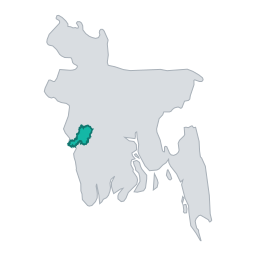 location of Jhenaidah, Khulna, Bangladesh
{"feature_id": "16705992B77509092527129", "entity_name": "Jhenaidah", "entity_type": "district", "adm_level": 2, "iso_a3": "BGD", "parent_name": "Bangladesh", "parent_adm1": "Khulna", "projection": "albers", "projection_center": [89.072, 23.495], "detail": "fine", "context": "in_parent", "style": "filled", "palette": "teal", "viewbox_px": 256, "rotation_deg": 0, "n_neighbors": 0, "source": "geoboundaries", "source_scale": "gbopen_adm2", "svg_char_len": 7968}
<svg xmlns="http://www.w3.org/2000/svg" viewBox="0 0 256 256"><path d="M80.9,190.9L80.8,183.8L76.2,169.8L76.4,168.3L75.4,161.5L74.2,157.8L73.6,153.8L76.5,148.1L75.3,147.1L69.1,145.4L68.4,143.9L69.7,138.3L65.3,132.9L63.5,128.9L68.3,116.1L69.5,107.1L69.2,105.4L66.3,103.4L61.2,102.5L57.5,100.9L55.4,98.3L53.6,97.3L51.4,98.0L48.6,97.0L46.2,94.5L44.3,91.4L45.1,88.1L48.8,80.2L50.2,80.0L53.4,81.5L54.6,81.5L56.8,78.4L59.8,69.5L70.1,70.3L72.6,70.1L75.2,69.4L76.6,68.2L77.4,66.8L77.1,65.6L73.9,63.9L72.7,62.6L71.8,59.1L70.9,57.7L64.7,57.5L61.5,55.9L59.7,54.4L56.6,49.6L52.7,45.9L49.0,45.1L47.5,43.9L46.8,42.1L47.2,39.4L49.2,34.3L59.4,23.3L59.7,22.0L59.3,20.6L56.3,18.8L56.1,18.0L57.0,15.6L58.7,15.4L62.2,17.5L65.8,20.9L67.9,24.0L67.9,26.4L70.7,26.8L73.0,27.9L75.5,27.6L77.0,28.2L78.1,28.0L78.5,26.6L76.4,23.1L77.4,21.7L79.8,21.7L81.5,23.0L82.7,25.7L82.9,29.9L85.7,33.6L89.3,36.3L92.1,37.5L95.6,38.4L98.5,37.6L99.9,34.9L99.3,32.6L99.7,30.5L100.9,29.3L102.7,29.4L104.1,31.0L108.1,40.0L107.3,44.0L108.3,55.0L107.3,62.2L108.0,64.9L108.6,65.4L114.7,66.7L123.5,69.6L130.2,70.6L160.5,69.4L167.1,70.7L187.3,69.2L192.9,71.4L199.0,75.0L202.4,77.7L203.1,79.3L202.7,80.7L201.6,81.5L199.5,81.5L194.7,79.8L193.9,80.4L194.0,84.7L190.3,95.7L189.8,99.0L188.5,100.4L184.5,101.2L182.0,107.5L180.9,108.3L178.2,107.0L176.6,107.3L174.5,107.9L172.5,109.4L171.1,111.2L169.5,111.9L163.8,111.9L162.7,114.8L159.1,118.7L156.6,128.9L156.9,132.1L160.2,140.1L162.5,150.7L163.4,151.7L164.5,151.8L164.5,147.0L165.5,146.3L166.8,146.8L169.6,153.3L171.2,154.9L173.6,155.4L176.3,154.3L178.3,152.4L179.1,150.3L178.2,143.2L179.5,140.3L184.0,135.9L184.7,134.6L184.2,127.5L186.0,127.2L188.3,127.7L191.3,126.0L192.2,125.9L193.5,127.7L195.6,127.3L199.1,141.4L199.6,151.3L200.4,156.8L201.6,158.0L205.3,166.2L209.3,195.4L210.2,213.9L211.7,220.2L210.6,221.6L209.5,221.9L208.3,219.7L200.6,215.2L198.8,215.7L196.2,218.5L195.2,221.1L195.8,224.6L196.7,228.1L198.5,230.1L198.7,232.3L201.0,240.6L200.4,240.6L196.0,233.1L190.8,225.8L188.9,212.4L188.6,205.8L185.0,198.1L181.6,184.7L182.9,179.9L180.5,182.0L176.6,173.9L170.5,166.1L168.8,162.6L168.6,159.2L166.1,162.7L162.7,165.1L159.2,168.8L156.9,170.0L149.5,170.7L145.1,165.9L138.8,154.1L138.0,151.4L138.7,144.4L137.2,137.7L136.7,131.9L135.6,132.4L135.2,134.0L135.4,136.5L135.0,138.6L124.7,137.3L129.1,140.8L133.9,141.5L136.3,144.6L136.6,149.8L131.9,153.0L132.4,155.7L135.1,158.8L131.8,159.8L131.0,161.9L130.9,164.9L133.3,169.4L132.9,171.3L136.9,177.2L137.6,180.1L136.7,184.2L128.3,192.5L125.9,198.3L123.8,201.1L121.2,201.6L118.0,198.9L117.9,196.0L118.6,193.8L123.0,188.3L120.6,189.0L113.7,193.6L112.4,189.9L111.5,186.6L111.5,182.4L114.7,176.2L111.0,179.3L110.0,183.2L110.5,187.7L110.0,190.9L108.5,195.2L106.6,197.7L103.3,199.3L101.9,201.8L99.7,203.7L98.9,195.2L96.6,183.8L96.1,186.2L97.3,193.3L97.2,197.9L95.5,201.6L91.9,205.5L89.2,206.1L87.6,205.5L82.4,199.6L82.0,194.0L80.9,190.9ZM143.6,190.7L137.3,192.2L134.1,191.8L140.0,181.4L139.7,176.8L138.8,173.1L135.7,170.1L135.5,167.9L134.1,165.0L133.3,161.6L136.7,160.4L139.5,162.4L140.5,166.3L141.9,169.2L146.7,175.2L146.7,178.9L145.5,187.9L143.6,190.7ZM157.1,187.2L153.3,190.0L154.4,173.7L157.3,179.7L158.1,182.9L157.1,187.2ZM171.7,178.8L170.1,180.0L168.5,179.0L166.4,175.2L167.3,170.4L167.9,169.7L170.4,174.6L171.7,178.8ZM186.6,212.8L184.4,213.0L183.4,211.9L183.8,210.3L183.1,205.0L185.9,204.4L187.0,208.8L186.6,212.8ZM183.9,198.1L182.4,203.4L181.7,201.1L182.7,196.5L183.9,198.1ZM138.3,156.5L139.0,158.2L135.4,156.1L134.5,154.5L136.0,153.7L138.3,156.5Z" fill="#d9dde1" stroke="#a8b0b8" stroke-width="1"/><path d="M70.6,140.8L70.6,141.0L70.4,141.2L70.0,141.2L69.8,141.5L69.7,141.7L69.4,141.5L69.6,141.8L69.5,142.1L69.4,142.5L69.8,142.5L70.0,142.8L69.9,143.0L69.9,143.3L69.7,143.4L69.3,143.1L69.4,142.8L69.2,142.9L69.2,143.0L69.2,143.5L68.9,143.7L69.0,143.5L68.8,143.4L68.5,143.4L68.7,143.2L68.1,143.5L68.1,143.9L68.5,144.0L68.7,144.5L68.8,144.6L69.1,144.7L68.9,145.4L69.1,145.4L69.4,145.6L70.2,146.0L70.4,145.9L70.4,145.7L70.7,145.8L71.0,146.2L70.9,146.2L71.0,146.3L70.9,146.3L70.9,146.6L71.0,146.6L71.4,146.7L71.5,146.8L71.5,146.7L72.0,146.8L72.2,146.7L72.2,146.4L72.1,146.0L72.2,145.6L72.2,145.4L72.3,145.3L72.3,145.5L72.9,145.8L72.7,146.1L73.2,145.8L73.3,146.1L73.5,146.3L73.8,146.1L74.0,146.2L74.0,146.3L74.1,146.2L74.5,146.2L74.6,146.3L74.9,146.4L75.0,146.5L75.0,146.3L75.1,145.8L75.3,145.7L75.7,145.7L75.9,145.6L75.7,145.4L75.6,145.2L75.9,145.1L76.0,145.1L76.0,144.8L75.9,144.7L75.7,144.6L75.8,144.6L75.6,144.5L75.4,144.5L76.0,144.4L76.2,144.5L76.6,144.4L76.6,144.1L76.8,144.2L77.0,144.2L77.3,144.2L77.5,144.2L77.8,144.0L77.9,143.9L77.8,143.7L77.7,143.6L77.8,143.5L77.6,143.5L77.9,143.2L77.8,142.8L77.7,142.7L77.8,142.4L78.3,141.9L78.5,142.0L79.2,141.9L79.2,142.0L79.4,142.0L79.7,141.8L80.3,141.6L80.0,141.4L79.9,141.2L79.7,141.2L79.6,140.9L79.8,140.9L79.9,140.7L80.0,140.7L80.3,140.8L80.5,140.8L80.5,141.3L80.9,141.4L81.0,141.3L81.4,141.2L81.5,141.3L81.4,141.4L81.5,141.4L81.6,141.5L81.5,141.8L81.2,141.8L81.1,142.0L80.9,142.2L81.0,142.4L81.3,142.5L81.4,143.1L81.0,143.3L80.6,143.7L80.8,143.9L81.1,143.5L81.5,143.3L81.9,143.2L82.3,143.5L82.7,143.8L82.8,143.8L82.8,143.7L82.9,143.8L82.9,144.2L83.2,144.4L83.7,144.6L83.8,144.5L84.2,144.6L84.3,144.1L84.8,144.3L85.1,144.2L85.8,144.1L86.0,144.0L86.1,143.9L86.2,144.0L86.5,143.5L86.5,143.3L86.4,143.2L86.6,142.6L86.7,142.9L86.9,142.8L87.0,142.8L87.1,142.7L87.3,142.7L87.7,142.5L87.8,142.4L87.9,142.2L87.6,142.1L87.5,141.9L87.8,142.0L88.2,141.9L88.2,141.7L88.1,141.3L88.2,141.2L88.3,140.9L88.1,140.6L87.8,140.6L88.1,140.4L87.9,140.0L88.1,139.9L88.0,139.7L88.3,139.5L88.4,139.3L88.2,139.1L88.3,139.1L88.4,138.9L88.7,138.8L88.8,138.6L88.5,138.5L88.5,138.4L88.3,138.4L88.3,138.1L88.5,138.1L88.9,138.3L89.0,138.2L89.5,137.9L89.7,137.7L89.9,137.7L89.9,137.2L90.1,137.0L90.1,136.5L90.0,136.0L89.8,135.9L89.9,135.6L90.1,135.7L89.9,135.3L90.1,135.1L90.0,134.7L90.1,134.3L90.0,134.2L90.3,134.0L90.3,133.7L90.5,133.6L90.7,133.2L90.8,133.2L91.1,133.1L91.4,132.7L91.5,132.4L91.3,132.3L91.4,131.9L91.5,131.9L91.5,131.3L91.7,131.2L91.8,130.7L91.9,130.4L92.1,130.0L92.6,129.3L92.4,129.3L92.2,129.4L92.2,129.2L91.7,129.1L91.6,128.8L91.5,128.6L91.0,128.3L90.9,128.0L90.6,127.8L90.6,127.7L90.6,127.4L90.4,127.3L90.2,127.2L90.3,126.8L90.2,126.7L89.8,126.5L89.2,126.5L88.9,126.3L88.6,126.3L88.3,125.7L88.1,125.4L87.8,125.4L87.8,125.5L87.5,125.6L87.4,125.7L87.1,125.5L86.8,125.6L86.7,125.7L86.7,125.8L86.3,126.1L86.1,126.2L85.8,126.2L85.7,126.0L85.3,126.2L85.3,126.3L85.0,126.4L85.1,126.5L84.8,126.5L84.7,127.1L84.3,127.1L84.2,127.0L84.1,126.9L84.0,127.1L83.6,127.1L83.6,127.3L83.4,127.4L83.5,127.8L83.3,128.2L83.2,128.0L83.1,127.6L83.1,127.3L83.3,127.0L83.3,126.8L83.2,126.6L82.8,126.9L82.6,126.9L82.5,126.3L82.0,126.2L82.0,125.7L81.5,125.7L81.6,125.2L81.4,125.1L81.2,125.2L81.0,125.4L80.9,125.7L81.2,126.1L81.4,126.6L81.7,126.8L81.8,126.9L81.2,127.2L80.7,126.8L80.4,127.0L80.9,127.4L80.4,128.2L80.2,128.2L79.9,128.1L79.7,127.9L79.7,127.6L79.4,127.7L79.3,128.2L79.3,128.7L79.3,128.9L79.3,129.2L79.5,129.7L79.4,130.2L79.2,130.2L79.4,130.5L79.4,130.8L79.3,131.0L79.2,131.7L78.6,132.3L78.5,132.6L78.4,132.9L78.6,133.0L78.4,133.1L78.4,133.4L78.2,133.5L78.3,133.9L78.2,134.0L77.6,133.7L77.4,133.8L77.2,133.7L76.9,133.9L76.9,134.1L76.7,134.3L76.7,134.5L77.1,135.0L77.1,135.3L77.0,135.7L77.1,136.5L76.9,136.8L76.7,137.0L76.8,137.1L76.8,137.3L76.5,137.3L76.5,137.8L76.2,138.0L76.4,138.0L76.8,138.0L77.1,138.1L77.0,138.5L76.9,138.5L76.7,138.4L76.7,138.5L76.6,138.8L76.8,139.0L76.7,139.2L76.2,139.2L76.0,138.9L75.8,139.2L76.1,139.2L76.1,139.4L76.0,139.5L75.6,139.5L75.3,139.3L75.2,139.4L75.1,139.5L74.9,139.4L74.6,139.4L74.5,139.8L74.6,140.0L74.3,140.2L74.3,140.3L74.2,140.2L74.1,140.3L74.0,140.5L74.1,140.4L74.1,140.6L73.8,140.7L73.9,140.4L73.7,140.7L73.3,140.5L73.1,140.3L73.1,140.1L73.0,140.3L72.8,140.7L72.5,140.3L72.5,140.2L72.4,140.1L72.1,140.2L72.1,140.5L71.8,140.8L71.6,140.9L71.5,140.5L71.3,140.4L70.8,141.1L71.1,140.7L70.7,140.9L70.6,140.8Z" fill="#14b8a6" stroke="#0f766e" stroke-width="1.5"/></svg>